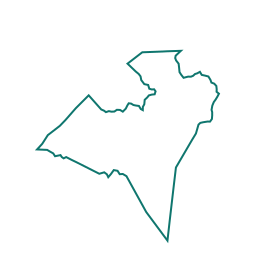 Ingá, Paraíba, Brazil, rotated 21°
{"feature_id": "56859067B54880243717601", "entity_name": "Ingá", "entity_type": "district", "adm_level": 2, "iso_a3": "BRA", "parent_name": "Brazil", "parent_adm1": "Paraíba", "projection": "robinson", "projection_center": [-35.625, -7.279], "detail": "fine", "context": "isolated", "style": "outline", "palette": "teal", "viewbox_px": 256, "rotation_deg": 21, "n_neighbors": 0, "source": "geoboundaries", "source_scale": "gbopen_adm2", "svg_char_len": 1454}
<svg xmlns="http://www.w3.org/2000/svg" viewBox="0 0 256 256"><g transform="rotate(21 128 128)"><path d="M55.7,163.4L53.6,173.5L50.8,180.6L60.4,177.4L63.2,177.9L67.3,178.5L70.0,180.5L74.7,177.5L76.5,178.8L78.8,179.4L80.7,177.3L87.1,178.0L92.0,178.4L117.6,181.0L121.7,177.9L124.9,178.8L127.2,181.0L128.6,177.0L129.8,172.4L133.6,171.7L136.8,174.1L139.6,172.8L143.8,173.5L175.1,199.9L205.2,219.0L199.9,198.6L191.7,166.6L186.9,147.7L192.1,115.9L193.4,108.8L192.6,99.6L193.7,97.3L196.1,95.7L199.9,93.5L202.3,92.6L203.1,89.5L202.1,86.1L200.9,83.0L199.5,81.1L198.7,76.9L198.8,73.0L199.6,70.1L200.2,66.8L200.6,63.4L197.7,62.4L196.9,60.0L195.4,57.1L192.6,55.7L189.6,55.7L187.7,53.5L184.6,51.1L181.0,51.5L177.8,52.0L175.0,49.8L173.0,52.2L171.2,53.6L170.1,55.9L168.4,57.5L165.7,58.5L161.9,61.2L158.7,59.3L156.1,57.4L154.1,53.4L152.2,49.8L148.7,47.7L147.0,45.8L146.6,43.4L149.7,37.0L136.7,42.5L133.8,43.8L127.3,46.6L114.2,52.2L111.5,56.6L104.5,68.1L115.0,72.5L118.6,73.7L121.2,75.3L123.2,78.5L127.5,81.2L131.4,80.6L133.8,83.7L136.4,83.5L138.5,82.5L140.6,83.9L140.8,87.0L138.2,88.3L135.8,90.1L135.0,92.6L133.5,95.7L134.7,100.0L134.3,103.0L135.4,106.0L133.1,105.7L130.3,103.5L127.3,104.2L124.8,104.6L122.2,104.1L119.8,104.7L119.3,107.3L119.0,110.7L117.3,114.6L114.1,114.0L111.1,115.0L109.4,117.5L106.7,118.7L104.1,119.1L101.7,121.1L99.3,120.4L96.4,120.3L79.6,111.6L72.2,128.2L66.7,143.1L63.6,150.4L55.7,163.4Z" fill="none" stroke="#0f766e" stroke-width="2"/></g></svg>